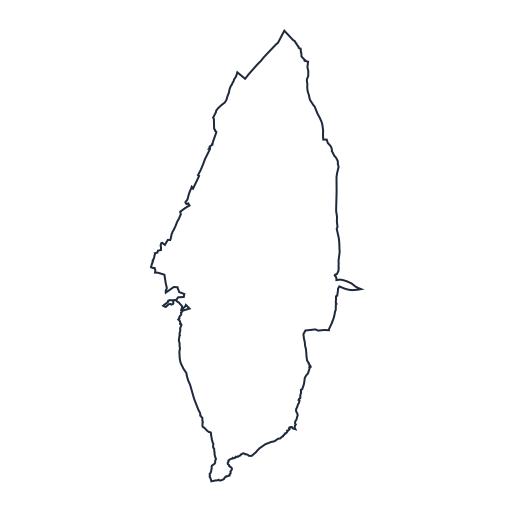 "Nedre Eiker" nor, Buskerud, Norway (Mercator projection)
{"feature_id": "86288312B66874291334067", "entity_name": "\"Nedre Eiker\" nor", "entity_type": "district", "adm_level": 2, "iso_a3": "NOR", "parent_name": "Norway", "parent_adm1": "Buskerud", "projection": "mercator", "projection_center": [10.023, 59.763], "detail": "fine", "context": "isolated", "style": "outline", "palette": "slate", "viewbox_px": 512, "rotation_deg": 0, "n_neighbors": 0, "source": "geoboundaries", "source_scale": "gbopen_adm2", "svg_char_len": 6073}
<svg xmlns="http://www.w3.org/2000/svg" viewBox="0 0 512 512"><path d="M284.3,30.7L278.0,42.8L275.9,44.5L263.6,57.5L261.0,60.8L257.2,64.6L248.8,74.1L245.1,78.8L237.3,72.3L236.1,76.4L234.1,79.4L233.5,81.4L232.7,82.6L231.8,84.7L231.0,85.6L229.6,89.0L228.9,92.7L227.4,96.4L226.7,99.1L226.3,100.1L224.9,102.4L221.0,105.5L218.0,108.3L216.6,110.1L216.1,110.8L216.0,112.0L213.1,117.7L213.9,119.0L214.1,128.7L215.1,130.0L215.0,130.8L216.3,131.8L216.2,132.7L213.2,141.1L212.5,143.9L212.4,144.5L212.0,144.3L211.8,144.9L211.4,145.4L209.7,146.5L209.9,147.3L208.9,148.7L210.0,148.7L209.9,149.2L204.9,159.3L203.2,164.0L200.7,170.0L198.0,175.2L199.1,176.0L193.0,188.7L192.3,188.0L192.4,187.3L191.7,186.7L191.3,188.2L190.3,190.3L189.0,193.7L187.4,199.6L185.6,201.8L185.4,202.5L186.6,204.1L188.2,203.4L189.5,205.5L185.4,207.9L180.2,211.7L180.5,212.5L180.8,214.5L180.3,215.3L178.8,219.0L177.3,221.5L175.1,227.0L173.6,230.1L172.5,231.9L172.0,233.5L171.7,233.8L170.8,238.4L170.3,239.7L170.2,240.0L167.8,239.9L164.9,244.9L162.2,242.8L161.3,243.1L160.6,245.3L161.0,247.4L161.0,250.0L157.9,250.7L157.4,252.6L154.9,253.2L155.1,253.8L154.5,255.5L154.1,257.9L152.8,260.4L153.1,260.5L152.5,262.7L152.3,262.7L151.0,267.2L152.4,267.9L154.6,268.0L154.7,268.9L155.1,269.2L155.3,270.8L155.0,272.6L157.9,272.7L164.4,274.7L165.8,283.6L166.5,286.4L166.8,288.2L166.7,288.7L165.7,290.6L165.8,292.6L173.8,287.0L177.6,287.3L177.8,288.7L178.7,290.6L179.2,292.1L184.3,294.0L183.8,297.0L178.2,297.3L176.3,299.8L175.9,300.0L171.7,300.3L170.0,300.1L168.3,300.6L168.0,301.3L168.2,301.8L163.2,305.7L165.0,306.8L165.9,306.9L168.3,304.6L169.3,304.1L170.6,304.0L171.4,304.6L173.1,303.9L173.4,303.1L173.1,301.4L173.2,300.7L174.0,300.3L175.7,300.2L176.3,300.4L177.3,301.7L178.6,302.3L181.9,306.0L182.1,307.3L181.3,309.9L182.2,309.8L183.1,308.3L185.3,306.3L185.9,304.9L189.5,308.6L182.9,310.6L181.7,312.1L181.0,312.5L181.0,313.1L181.3,313.8L181.1,314.8L179.7,316.3L179.0,318.2L179.2,318.3L178.3,319.5L179.5,320.3L179.5,320.9L180.1,321.6L180.2,322.0L180.2,323.1L180.1,323.9L181.0,323.9L181.4,324.6L181.4,325.2L180.3,327.7L180.1,329.0L180.3,329.5L180.1,331.6L179.5,333.7L179.8,334.9L179.6,334.9L179.6,335.3L178.8,340.3L179.6,343.5L179.6,346.3L180.0,348.6L179.5,350.5L179.4,352.6L179.7,358.1L180.4,362.0L181.1,363.9L183.5,368.8L186.4,373.1L186.7,375.3L188.1,380.3L190.1,384.8L194.1,398.8L198.3,409.6L200.0,412.9L200.4,414.6L200.2,415.6L201.0,416.2L201.3,416.8L202.4,418.0L202.3,420.1L202.8,422.1L202.6,422.2L202.4,425.8L202.8,426.9L203.4,427.4L204.1,427.5L207.3,430.9L208.9,432.0L210.7,432.4L211.0,433.1L211.0,434.2L211.9,440.0L212.4,441.2L212.7,442.7L213.3,443.7L213.1,447.1L213.3,447.8L213.9,448.3L214.2,448.9L214.2,450.7L214.6,452.6L214.6,454.7L215.5,457.9L216.0,458.9L215.3,460.4L215.1,462.8L214.6,463.7L212.0,465.6L211.7,466.2L211.6,466.8L211.7,468.5L211.3,469.9L211.2,470.9L210.6,472.9L209.7,473.8L209.7,475.1L210.0,475.8L209.7,476.4L209.7,477.0L210.5,478.2L211.4,481.3L215.8,480.4L217.1,480.4L218.7,479.8L219.5,480.5L221.4,480.3L223.9,479.1L224.8,477.4L226.1,476.8L226.3,476.2L227.4,476.2L229.6,475.5L229.5,474.4L230.5,473.6L230.4,473.2L230.6,472.6L230.4,471.7L231.8,469.5L231.9,468.4L231.1,467.3L229.9,466.7L229.7,466.2L229.2,466.1L229.1,465.2L227.8,464.0L227.7,462.8L228.5,461.8L228.3,461.6L228.4,460.5L230.1,459.3L232.1,458.5L232.6,458.5L232.9,457.9L233.5,458.2L234.2,458.2L235.3,457.6L235.5,457.1L235.7,457.3L236.1,456.9L237.8,456.8L237.9,456.4L238.3,456.4L240.2,455.5L240.7,454.5L241.3,454.5L243.1,453.3L244.5,453.7L245.2,454.3L245.6,454.1L247.6,454.7L249.1,455.9L251.7,455.9L256.4,451.8L256.6,451.3L259.5,448.3L265.4,444.2L271.4,441.9L273.7,441.5L275.6,440.6L276.2,439.9L278.3,438.7L280.3,438.4L281.6,437.0L283.0,436.3L283.1,435.7L284.1,435.0L284.1,434.6L284.6,434.3L285.1,433.4L285.8,433.4L286.0,433.0L286.5,432.8L287.4,431.6L287.1,430.7L287.9,430.6L289.1,429.8L289.6,429.1L289.6,428.8L289.0,428.3L289.5,427.4L290.1,427.5L290.8,427.0L291.8,427.0L292.4,428.0L293.3,428.6L295.4,429.2L294.6,427.7L295.1,425.2L295.8,424.6L295.1,423.4L295.1,422.2L295.4,421.0L296.5,419.6L297.2,416.6L297.7,415.5L297.4,413.8L296.2,411.5L296.0,409.8L296.1,409.2L297.1,407.2L298.0,404.4L299.0,402.8L299.5,400.4L298.6,400.0L299.2,398.7L300.3,398.0L300.4,397.6L300.2,395.5L300.6,394.5L301.1,392.6L300.9,389.8L302.2,389.2L303.6,385.2L304.1,383.2L304.8,377.8L306.2,375.4L308.0,373.4L309.8,367.8L309.3,367.4L309.3,367.1L309.8,366.7L310.6,366.8L310.6,366.3L310.3,365.9L310.1,366.2L309.6,366.1L309.6,365.6L308.9,363.4L308.6,363.4L308.6,362.8L307.1,360.6L306.6,357.3L306.0,349.4L305.0,345.3L304.9,343.1L304.5,340.8L304.0,338.9L303.4,334.2L305.4,330.5L315.4,329.4L318.2,330.6L324.0,330.0L328.9,330.2L328.8,329.5L332.2,322.3L332.2,321.5L332.6,321.0L333.7,318.0L334.4,315.2L335.1,311.3L335.7,310.2L335.9,303.8L336.4,303.7L335.7,301.8L336.0,300.0L336.0,296.5L336.5,295.8L337.2,295.7L338.0,290.2L338.0,288.9L339.3,286.4L344.3,288.5L347.3,289.4L350.3,290.0L352.6,290.1L357.6,289.7L361.0,289.1L358.4,288.1L355.4,286.5L351.5,283.4L346.6,281.2L342.7,280.0L339.8,279.6L336.4,280.1L336.4,278.4L336.2,277.5L335.7,276.5L335.3,276.4L335.1,276.0L335.3,275.6L334.8,275.1L335.1,274.7L337.0,273.9L338.5,270.8L338.5,268.8L338.8,268.0L338.5,266.7L338.7,263.7L338.5,261.0L339.7,251.6L339.5,249.7L339.3,243.2L338.8,238.1L336.7,228.8L337.5,226.8L336.9,221.9L337.0,216.8L336.1,210.8L336.6,191.5L336.5,177.1L337.1,173.1L338.6,166.9L337.8,163.9L337.9,162.5L337.7,160.9L336.4,158.4L335.3,156.7L334.5,156.2L332.4,152.0L331.8,151.3L332.0,150.5L331.6,148.3L331.3,147.4L330.3,145.7L327.8,143.0L326.7,139.6L323.3,139.6L323.0,136.3L323.1,130.2L322.4,125.1L321.7,122.2L320.0,118.3L317.6,113.8L314.6,106.5L313.3,105.0L311.3,101.9L310.1,100.1L309.6,98.7L309.0,95.5L307.7,91.4L307.4,89.5L307.2,86.6L307.4,84.6L306.8,80.1L307.1,78.7L308.2,76.3L308.3,71.6L308.0,69.7L307.4,67.1L308.1,61.7L306.2,61.2L305.4,60.4L304.9,60.9L304.5,60.7L304.3,59.5L301.5,56.5L301.3,52.9L300.9,52.3L301.0,51.5L300.6,50.1L300.8,49.4L300.6,48.6L299.3,48.2L298.6,47.7L298.5,46.6L297.4,45.4L296.5,44.0L296.4,43.5L295.5,42.7L295.0,41.4L292.8,39.8L284.3,30.7Z" fill="none" stroke="#1e293b" stroke-width="2"/></svg>